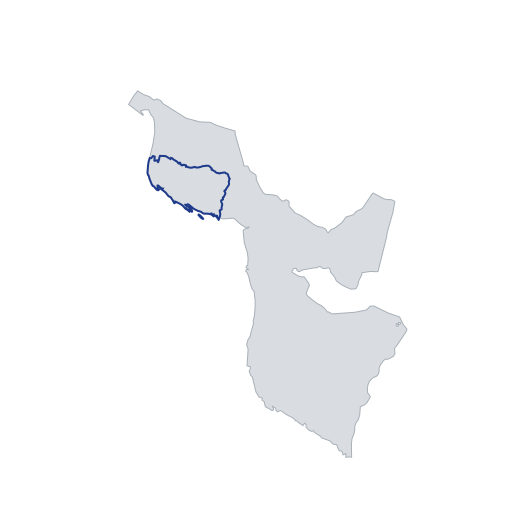 Inhambane highlighted on a map of Mozambique, rotated 123°
{"feature_id": "MOZ-1925", "entity_name": "Inhambane", "entity_type": "Province", "adm_level": 1, "iso_a3": "MOZ", "parent_name": "Mozambique", "parent_adm1": "", "projection": "albers", "projection_center": [34.454, -22.902], "detail": "fine", "context": "in_parent", "style": "outline", "palette": "blue", "viewbox_px": 512, "rotation_deg": 123, "n_neighbors": 0, "source": "natural_earth", "source_scale": "10m", "svg_char_len": 9184}
<svg xmlns="http://www.w3.org/2000/svg" viewBox="0 0 512 512"><g transform="rotate(123 256 256)"><path d="M162.6,341.8L165.6,339.3L185.7,316.3L187.0,315.4L185.2,311.7L187.9,307.3L188.1,300.5L188.9,299.4L192.0,297.1L196.3,290.0L199.0,284.5L199.2,281.9L195.3,274.6L194.1,270.6L195.2,267.2L195.6,264.0L195.0,262.9L192.6,261.6L192.2,260.2L192.2,258.5L192.7,257.5L195.6,256.0L196.3,255.2L198.6,246.5L197.7,240.1L197.6,232.7L198.1,225.0L197.8,220.7L195.8,215.7L195.6,212.1L197.0,209.6L197.2,208.1L192.5,207.3L190.1,205.3L181.2,202.1L174.3,201.8L168.5,196.9L164.0,196.2L158.2,192.7L140.1,192.4L139.4,192.1L138.5,181.1L137.7,177.5L135.3,173.7L134.6,171.0L134.7,169.2L144.7,165.0L164.4,158.9L168.7,156.9L202.4,145.3L203.3,146.0L206.7,151.7L212.4,158.1L213.8,157.2L221.9,156.1L223.1,155.3L225.5,154.7L228.4,154.3L229.4,154.7L232.3,158.7L233.4,166.3L233.5,171.3L233.1,175.0L230.7,179.1L229.0,184.5L226.4,187.3L226.5,188.7L229.4,191.9L230.0,193.2L229.8,196.0L230.3,197.1L232.8,198.7L234.8,201.4L242.0,209.0L243.8,210.4L245.3,210.8L246.0,212.3L245.6,214.0L244.5,215.0L244.9,216.5L246.3,217.6L249.6,217.4L250.0,216.9L249.8,210.2L248.7,206.3L247.3,204.4L250.1,197.1L251.7,195.1L257.1,194.3L259.6,193.7L260.7,192.8L261.5,190.5L262.2,184.0L262.5,177.9L262.0,174.4L262.8,169.0L264.1,165.7L263.5,165.0L263.1,160.6L249.4,142.5L241.6,134.5L240.3,133.7L236.0,133.0L233.7,130.0L231.8,114.0L228.9,102.4L233.5,94.8L235.0,89.9L236.0,89.1L239.9,88.9L253.7,89.1L257.1,89.6L258.7,89.1L262.3,86.2L265.3,86.2L269.2,88.2L271.4,89.9L271.8,91.3L274.4,92.1L279.4,92.4L283.0,91.7L285.3,90.1L287.7,89.2L290.2,89.2L292.1,89.8L293.3,91.1L295.7,92.0L299.3,92.6L303.3,91.9L307.6,89.8L310.1,87.6L311.5,83.8L312.3,83.3L318.4,83.1L321.6,83.9L325.6,86.4L332.9,82.4L337.4,81.1L341.7,81.2L345.3,80.3L348.1,78.4L351.1,77.2L357.1,75.9L361.2,73.9L372.7,66.2L373.8,68.6L375.9,70.9L372.9,73.1L375.4,74.7L373.4,76.9L373.2,78.5L374.0,80.1L372.6,82.6L370.9,84.5L370.4,86.1L371.8,88.8L370.8,93.6L372.8,101.6L372.0,104.3L372.2,110.6L371.3,112.8L372.7,113.7L373.3,116.2L372.5,120.6L370.0,122.3L369.7,124.1L372.7,124.3L372.5,129.8L372.0,131.4L372.7,133.3L371.7,135.3L372.4,144.2L372.2,150.6L372.4,151.7L374.9,152.9L374.8,154.6L373.0,156.9L373.0,160.3L375.0,157.7L376.1,157.7L377.0,158.8L376.9,162.7L377.4,164.7L377.1,166.4L373.9,169.5L373.6,172.6L372.4,172.9L371.8,173.7L372.5,175.5L372.4,177.1L370.1,181.9L359.4,193.3L359.1,195.3L356.4,198.9L353.5,199.4L351.9,200.4L353.0,203.7L339.1,211.5L337.7,212.6L335.5,215.6L330.9,217.1L326.1,217.1L325.2,217.8L314.1,221.3L311.9,223.1L307.2,224.7L299.8,228.6L293.7,232.5L286.8,238.3L285.8,241.4L282.5,245.5L277.7,250.4L274.7,254.4L274.5,256.2L272.8,256.8L271.4,255.0L270.8,258.3L269.6,258.6L268.3,257.9L262.3,261.3L257.7,265.3L251.3,273.0L242.1,280.4L240.0,280.5L237.1,277.9L235.5,277.7L237.8,280.6L237.7,286.9L236.5,294.2L236.7,295.8L242.7,303.6L245.7,312.8L245.9,317.5L248.9,323.5L250.2,332.5L249.8,341.0L251.3,342.3L251.8,341.1L252.1,335.8L252.9,334.4L253.7,334.6L254.5,337.5L254.7,340.5L253.6,347.1L253.9,349.8L255.4,354.3L253.6,359.5L250.8,373.8L251.4,374.7L252.8,375.1L253.3,373.5L254.1,373.5L254.5,374.5L253.3,380.1L252.2,382.6L248.3,388.6L246.1,391.2L242.6,393.7L234.4,397.7L218.0,403.5L207.7,408.1L199.6,413.6L196.0,417.2L194.6,421.4L191.9,425.7L194.3,429.3L197.4,431.8L198.8,427.5L199.6,427.5L198.3,445.4L187.2,445.8L183.9,445.2L182.1,445.4L181.8,437.9L180.4,432.3L180.9,428.3L180.7,426.2L178.3,424.8L177.6,420.5L178.9,417.2L178.5,389.7L174.3,376.5L168.7,367.0L168.3,362.2L165.6,351.6L162.6,341.8ZM236.5,101.4L238.0,100.7L238.2,99.3L237.3,98.7L236.4,98.8L236.0,100.9L236.5,101.4ZM235.5,98.9L234.4,98.0L233.5,98.2L233.2,99.0L234.1,100.1L235.1,100.2L235.5,98.9Z" fill="#d9dde1" stroke="#a8b0b8" stroke-width="1"/><path d="M245.6,307.1L245.5,307.4L245.8,307.4L245.6,307.9L245.5,308.2L245.3,308.4L245.1,308.2L244.8,308.2L244.6,308.3L244.6,308.6L244.6,308.8L245.0,308.8L245.0,309.0L245.0,309.8L244.8,310.2L244.5,310.4L244.2,310.5L243.8,310.2L243.7,310.2L243.5,310.4L243.5,310.8L243.8,311.0L244.1,311.3L244.3,311.3L244.4,311.5L244.3,311.8L244.2,311.7L244.3,312.0L244.3,312.4L244.5,312.5L244.4,312.8L244.5,313.0L244.8,313.0L245.0,313.2L245.0,313.5L244.9,313.6L244.6,313.7L244.4,313.8L244.1,314.1L244.5,314.3L244.7,314.5L244.7,315.7L245.2,315.2L245.9,312.4L245.9,312.8L245.7,314.3L245.5,315.0L245.7,317.0L246.4,318.8L247.7,321.1L248.0,321.5L248.3,321.7L249.0,323.3L249.0,324.3L248.9,326.3L249.1,327.3L249.7,328.8L249.8,329.2L249.9,330.7L250.1,331.8L250.3,333.7L249.6,339.8L249.6,340.8L249.7,341.3L250.1,341.6L250.4,341.8L250.8,342.0L251.2,342.7L251.5,343.1L251.7,342.8L251.6,341.8L251.8,341.5L252.3,341.2L251.8,340.3L251.5,339.2L251.5,338.0L251.9,337.2L251.8,336.9L251.9,336.6L252.0,336.5L252.3,337.2L252.5,337.4L252.8,337.0L252.2,336.0L252.0,335.9L252.1,335.6L252.6,334.9L252.6,334.5L253.0,334.2L253.2,333.9L253.4,333.8L253.6,333.8L253.8,333.9L253.9,334.2L253.9,334.4L253.8,335.0L254.2,338.9L254.4,338.6L254.5,338.1L254.6,336.8L254.8,336.3L254.8,335.9L255.0,335.9L254.7,338.8L254.7,339.3L254.8,340.8L254.7,341.3L253.6,344.9L253.6,347.9L254.2,353.0L254.6,353.9L254.8,353.6L254.9,353.2L255.2,353.4L255.6,353.4L255.8,353.3L255.6,353.1L255.6,352.9L256.0,353.1L255.9,353.8L255.1,355.4L254.6,356.1L253.8,358.2L253.4,358.9L253.2,359.3L253.2,359.7L253.2,360.2L253.4,361.1L253.5,361.6L253.3,362.6L252.0,366.4L251.7,369.4L251.6,371.4L251.6,371.9L251.4,372.4L251.3,372.6L251.0,372.2L251.1,371.7L251.2,371.3L251.1,371.0L250.5,370.9L250.2,370.9L250.3,371.1L250.5,371.3L250.7,371.9L250.8,372.2L250.7,372.6L250.5,373.5L250.5,374.0L250.5,374.8L250.4,375.1L250.4,375.3L250.2,375.6L250.2,375.9L250.3,376.5L250.2,377.0L250.0,377.5L251.2,376.5L250.8,375.7L250.8,375.3L251.0,374.9L251.3,374.8L251.6,375.0L252.2,375.5L252.6,375.7L252.9,375.7L253.0,375.5L253.2,373.9L253.1,373.6L254.0,373.7L254.2,373.9L254.3,375.0L254.5,375.2L254.5,375.4L253.3,379.4L253.2,379.9L253.2,380.2L253.4,380.7L253.5,380.9L253.4,381.1L253.1,381.4L253.0,381.6L252.9,382.0L252.7,382.5L249.3,387.3L246.9,390.0L246.8,390.5L246.8,390.8L246.7,391.0L245.1,392.5L238.8,395.9L235.3,397.5L231.7,398.5L231.1,397.3L230.4,397.0L228.8,397.0L228.4,396.9L228.2,396.7L228.1,396.4L228.0,396.1L228.0,395.8L227.9,395.4L227.8,395.1L228.0,394.9L228.3,394.8L231.3,393.2L231.4,392.9L229.7,391.2L229.5,390.9L229.7,390.6L229.8,390.4L230.5,389.7L230.6,389.3L230.3,389.2L230.2,389.2L229.5,389.5L229.0,389.6L228.8,389.6L228.5,389.8L228.0,389.8L227.9,389.9L227.5,390.1L227.0,390.2L226.5,390.5L226.3,390.6L225.4,390.8L224.5,391.1L224.3,391.1L224.2,390.9L221.5,386.3L221.5,385.9L221.4,385.6L221.3,380.5L221.2,380.5L220.9,380.5L220.6,380.4L220.3,380.3L220.2,380.3L219.9,380.5L219.8,380.1L219.7,379.4L219.7,379.1L219.7,378.9L219.9,378.5L220.0,378.2L220.0,377.5L219.9,375.9L220.0,375.5L220.0,375.3L219.9,374.9L219.8,374.6L219.9,374.2L219.9,373.8L220.0,373.4L220.0,372.8L220.0,372.7L220.3,372.4L220.3,372.0L220.5,371.7L220.6,371.4L220.6,371.2L220.2,370.6L219.9,370.5L219.6,370.6L219.3,370.7L219.2,370.7L219.1,370.4L219.2,370.2L219.7,369.8L219.7,369.7L219.9,369.3L220.2,369.1L220.3,369.0L220.3,368.8L220.1,368.5L220.1,368.4L220.3,368.0L220.4,367.8L220.3,367.6L220.0,367.1L219.9,366.9L219.7,366.8L219.4,366.8L219.2,366.8L219.0,366.6L218.9,366.1L218.8,365.9L218.5,365.6L218.4,365.0L218.2,364.6L218.1,364.3L218.1,364.0L218.2,363.9L218.6,363.8L219.2,363.6L219.3,363.5L219.4,363.4L219.3,363.1L218.9,362.8L218.7,362.6L218.6,362.3L218.6,361.7L218.6,361.4L218.5,361.2L218.2,360.7L218.1,360.3L218.1,359.9L218.0,359.6L217.7,359.3L217.2,358.4L217.0,358.0L216.8,357.9L216.6,357.6L216.2,357.4L215.8,357.0L215.6,356.7L215.3,356.5L215.1,356.2L214.7,356.0L214.6,355.8L214.6,355.7L214.6,355.3L214.5,354.9L214.4,354.4L213.6,353.3L213.3,352.7L213.0,352.3L212.8,352.2L212.2,351.8L211.8,351.2L211.6,351.1L211.3,350.8L210.7,350.4L210.4,350.2L209.8,349.7L209.4,349.3L209.0,348.8L208.8,348.4L208.5,348.1L208.3,347.8L208.0,347.6L207.7,347.4L206.4,345.3L206.2,344.8L206.1,344.5L206.1,344.2L206.3,342.8L206.5,342.1L206.6,341.1L206.7,340.8L206.9,340.7L207.6,340.5L207.7,340.4L207.8,340.2L207.7,339.6L207.5,338.7L207.5,338.4L207.5,337.9L207.5,337.5L207.4,336.9L207.7,335.3L207.7,334.7L207.7,334.2L207.0,333.2L206.9,332.8L206.9,332.5L206.9,331.9L206.8,331.7L205.3,330.5L203.0,327.7L202.9,327.4L202.9,327.1L203.0,326.6L203.0,326.4L203.0,326.1L202.7,324.9L202.7,324.5L202.8,324.3L203.1,323.6L203.6,323.1L204.1,322.6L204.5,321.9L205.2,321.0L205.4,320.6L205.5,320.1L206.1,320.1L206.6,320.0L207.4,319.6L208.2,319.4L208.7,319.1L210.2,317.9L210.9,317.6L211.8,317.5L215.6,317.6L216.8,317.4L217.4,317.4L217.8,317.5L218.0,317.9L218.2,318.0L218.4,318.0L218.9,317.8L219.0,317.6L219.1,317.2L219.7,316.3L220.1,315.8L220.5,315.6L224.1,315.2L224.4,315.4L224.7,315.6L225.0,315.7L225.5,315.4L226.1,314.7L226.6,314.5L227.1,314.7L227.8,315.3L228.1,315.4L228.5,315.4L229.2,315.0L229.8,314.2L230.8,312.7L231.4,312.2L233.9,311.4L235.0,310.6L235.3,310.4L235.8,310.3L236.0,310.3L237.0,311.1L237.9,311.1L238.4,310.6L238.7,310.1L239.9,309.2L240.0,309.1L240.1,308.9L240.4,308.7L242.6,307.8L244.3,307.5L244.6,307.5L245.1,307.1L245.6,307.1ZM253.3,321.1L253.6,320.6L253.8,320.7L253.9,321.0L253.9,321.6L253.8,323.3L253.0,326.5L252.5,326.6L252.3,326.2L252.3,325.8L252.6,324.0L253.3,321.1Z" fill="none" stroke="#1e3a8a" stroke-width="2"/></g></svg>